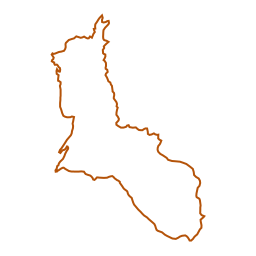 the district of Limbang, Sarawak, Malaysia
{"feature_id": "92858781B30612990862702", "entity_name": "Limbang", "entity_type": "district", "adm_level": 2, "iso_a3": "MYS", "parent_name": "Malaysia", "parent_adm1": "Sarawak", "projection": "orthographic", "projection_center": [115.07, 4.369], "detail": "fine", "context": "isolated", "style": "outline", "palette": "amber", "viewbox_px": 256, "rotation_deg": 0, "n_neighbors": 0, "source": "geoboundaries", "source_scale": "gbopen_adm2", "svg_char_len": 3862}
<svg xmlns="http://www.w3.org/2000/svg" viewBox="0 0 256 256"><path d="M204.3,216.2L201.6,215.1L200.2,213.3L200.3,209.4L200.3,207.6L200.6,205.4L199.9,200.2L199.3,198.7L196.7,197.2L196.3,195.9L196.5,193.4L197.7,187.8L199.5,185.8L200.2,183.0L199.9,180.7L198.7,178.5L196.0,176.9L194.1,175.0L193.7,171.9L192.8,168.9L190.2,166.8L186.4,164.0L183.2,162.8L180.0,161.7L175.8,161.3L172.0,161.0L168.1,159.8L166.7,157.9L162.8,155.3L160.3,153.9L158.2,151.7L157.6,149.8L157.7,147.9L158.4,145.8L159.7,144.4L160.5,142.8L161.3,140.6L159.3,139.6L158.2,138.4L158.3,134.7L157.3,134.9L155.3,134.4L153.9,133.4L151.5,134.5L149.5,134.9L147.9,133.9L147.8,131.8L147.1,128.5L145.7,128.4L144.3,128.9L142.4,130.2L141.0,130.2L139.0,130.0L137.7,129.1L135.8,127.4L132.8,127.7L129.5,127.1L128.6,125.2L127.0,125.6L126.3,126.7L124.9,127.2L123.4,127.6L120.9,127.6L118.0,125.9L116.4,124.7L116.3,122.9L118.5,120.5L118.9,118.9L117.9,116.8L116.4,114.8L116.5,112.6L117.0,109.9L117.7,107.6L116.6,106.4L117.0,104.0L116.5,102.3L115.7,101.1L113.8,98.5L113.8,97.2L114.2,95.3L114.2,94.0L113.9,92.8L112.6,91.5L112.6,90.8L112.1,87.2L111.9,85.8L110.9,84.5L110.3,82.5L108.4,81.3L107.8,79.6L107.0,77.6L105.5,75.1L106.0,73.6L107.7,71.9L107.2,69.7L105.7,68.8L105.6,67.5L106.0,66.2L106.0,64.7L105.9,62.9L104.7,61.0L103.6,60.1L104.7,58.2L105.4,56.4L105.3,54.5L103.8,53.9L103.1,53.3L102.8,49.9L103.5,49.0L104.2,47.9L103.8,46.4L105.2,44.9L106.4,43.7L108.5,41.9L106.6,40.8L104.2,40.1L103.3,38.8L103.1,36.9L103.2,34.7L103.3,32.1L103.5,30.1L105.2,27.6L106.5,26.3L108.4,24.3L109.0,23.0L108.6,20.9L107.3,21.1L105.8,22.0L103.6,22.5L102.1,22.0L102.0,19.9L102.7,17.9L102.0,15.4L99.6,17.9L98.5,19.4L97.1,21.7L95.3,24.3L95.1,26.3L95.3,28.6L93.8,28.9L94.1,30.2L94.8,32.0L93.5,33.8L91.9,37.7L90.0,36.5L88.7,38.3L87.4,38.4L85.7,37.6L84.1,36.6L82.4,37.4L80.7,37.8L78.6,37.1L76.3,36.4L74.0,38.4L71.8,39.0L68.8,40.0L65.9,42.9L65.5,44.1L65.7,47.1L65.2,48.9L64.0,50.8L61.3,51.6L58.9,52.0L55.0,53.6L53.4,53.9L52.5,53.4L51.7,54.6L52.6,55.9L53.7,57.6L53.2,59.2L52.1,60.1L51.8,61.3L52.8,61.9L54.2,62.5L54.2,63.6L54.9,64.8L56.8,64.6L57.7,65.4L58.7,67.1L59.9,68.0L60.2,69.7L59.9,71.6L59.3,71.7L58.4,71.1L57.0,69.2L56.5,71.0L56.7,73.8L58.6,75.2L58.4,76.6L58.1,79.0L58.1,80.7L59.1,81.1L60.6,82.2L60.6,84.1L59.9,85.9L60.6,89.5L60.6,93.3L60.6,95.8L60.4,97.6L60.4,99.9L60.1,103.0L60.1,106.8L61.2,109.6L62.2,113.1L63.4,115.8L65.0,116.7L67.2,117.3L70.4,117.2L71.9,116.5L74.0,117.0L73.7,118.4L73.1,121.6L72.6,123.6L73.1,126.0L72.9,128.3L72.0,131.1L71.7,133.3L70.9,135.2L66.9,139.9L64.6,143.6L61.4,148.4L60.1,149.8L59.1,152.2L60.4,153.0L62.2,150.6L63.3,150.0L64.4,149.8L65.2,149.1L65.9,148.3L67.0,146.4L67.6,146.6L68.2,148.0L67.9,149.2L66.9,150.6L66.0,152.2L65.1,154.0L64.5,155.8L63.0,158.9L60.1,161.7L58.9,163.4L58.4,165.3L57.2,166.1L56.7,168.6L55.5,170.3L55.7,171.7L57.0,171.5L57.6,170.3L58.3,170.5L60.9,168.7L62.6,167.8L63.7,167.7L65.4,169.0L67.0,169.9L68.9,171.0L71.3,171.5L75.4,171.6L78.5,171.6L81.3,171.4L84.0,171.7L84.7,172.8L85.6,174.0L87.7,174.8L90.1,175.5L91.3,176.4L92.6,178.0L93.2,179.5L94.5,179.9L95.6,178.9L97.0,177.4L98.5,177.5L98.9,177.6L103.8,177.9L107.1,177.7L109.1,176.8L110.9,176.3L112.3,176.1L113.5,177.0L114.7,178.4L115.7,179.1L117.0,180.1L118.4,180.7L119.8,181.8L119.8,182.8L122.5,186.6L123.2,187.8L124.2,189.0L126.9,191.0L127.5,192.0L127.9,193.7L128.8,195.3L130.0,196.5L131.7,197.9L132.3,199.9L133.2,202.6L134.1,204.6L138.3,209.6L140.8,212.0L142.2,213.6L144.1,215.5L147.0,217.4L148.8,219.2L153.1,222.9L154.4,224.1L155.2,225.8L155.9,228.1L156.6,229.9L157.8,230.8L160.3,231.7L162.0,232.3L164.9,234.7L167.0,235.9L172.4,238.5L175.8,238.9L178.3,237.7L179.9,236.6L182.0,235.8L185.2,235.4L186.5,236.1L187.8,237.4L189.0,239.3L189.6,240.5L191.1,240.6L193.0,238.9L194.2,237.1L195.5,235.8L197.2,234.4L199.9,229.4L201.4,227.8L201.5,225.3L200.7,221.3L200.6,219.7L203.6,217.1L204.3,216.2Z" fill="none" stroke="#b45309" stroke-width="2"/></svg>